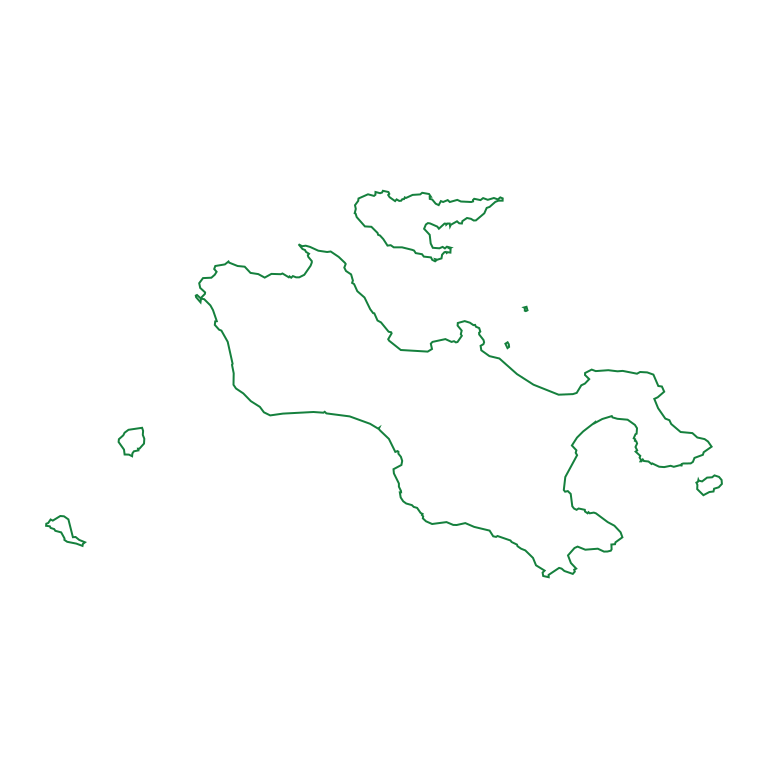 outline of Praslin, Baie Sainte Anne, Seychelles
{"feature_id": "34574756B43978553392406", "entity_name": "Praslin", "entity_type": "district", "adm_level": 2, "iso_a3": "SYC", "parent_name": "Seychelles", "parent_adm1": "Baie Sainte Anne", "projection": "mercator", "projection_center": [55.728, -4.319], "detail": "fine", "context": "isolated", "style": "outline", "palette": "green", "viewbox_px": 768, "rotation_deg": 0, "n_neighbors": 0, "source": "geoboundaries", "source_scale": "gbopen_adm2", "svg_char_len": 6109}
<svg xmlns="http://www.w3.org/2000/svg" viewBox="0 0 768 768"><path d="M302.1,246.2L298.6,244.3L302.5,249.0L305.1,250.1L305.9,251.8L309.0,253.8L307.8,255.2L308.3,256.9L311.8,261.1L311.8,262.5L310.6,265.7L304.3,274.8L299.3,277.3L296.0,277.3L292.9,276.1L291.2,277.7L289.5,276.4L288.8,277.3L282.5,273.5L280.7,274.2L271.4,273.9L264.7,277.6L258.3,274.1L250.5,272.9L244.7,266.7L237.6,266.0L229.1,262.6L228.5,261.5L224.9,264.4L215.3,266.0L214.2,269.0L216.6,271.8L214.8,274.7L211.4,277.7L203.0,278.1L199.2,283.2L200.2,287.9L205.1,292.4L204.9,293.9L200.6,298.3L197.0,295.0L195.8,295.6L196.1,297.2L200.5,302.3L201.0,298.6L204.2,299.2L210.4,305.4L213.0,310.1L216.8,321.2L215.2,321.4L214.8,324.9L219.1,329.7L221.4,330.6L227.7,341.8L232.6,363.8L232.0,364.8L233.7,373.3L233.5,384.8L236.0,388.5L243.3,393.4L250.9,401.2L259.9,406.9L263.9,412.3L270.2,415.4L283.0,413.6L313.4,412.0L323.4,412.7L324.7,411.8L326.4,413.4L349.7,416.4L370.1,423.8L378.1,428.6L379.2,427.8L378.7,428.9L380.2,430.6L388.9,438.9L395.3,451.9L397.5,451.1L398.4,451.7L398.4,453.7L400.9,456.8L402.2,460.9L401.4,465.0L393.5,469.2L393.9,473.4L398.9,483.5L398.9,486.7L401.0,491.0L401.1,492.3L399.8,492.3L400.7,497.5L403.2,501.3L406.2,503.5L411.9,505.1L413.7,506.9L417.1,507.9L420.6,512.9L422.6,514.0L421.9,515.0L423.2,516.4L422.8,518.3L426.0,521.3L432.1,524.0L446.5,522.1L453.2,524.9L456.7,525.0L465.3,523.1L474.2,526.9L489.6,530.6L493.2,536.3L496.1,536.9L497.5,536.0L510.5,540.5L511.6,542.0L517.0,544.6L517.5,546.2L521.1,548.7L525.3,550.4L533.0,557.9L536.0,565.3L544.6,570.6L542.6,572.6L543.2,576.0L548.7,577.2L548.6,574.9L559.1,567.9L561.6,568.6L564.4,571.0L572.8,573.9L574.8,571.6L574.2,569.7L576.2,568.6L570.9,563.0L568.0,555.4L574.5,548.0L577.6,546.6L585.3,549.7L597.8,548.7L604.0,551.6L607.5,551.5L610.8,550.7L611.6,549.3L611.4,544.5L615.0,544.2L615.5,542.3L622.4,537.3L620.6,532.3L614.4,525.7L607.7,522.1L595.9,513.3L593.8,512.6L589.7,513.3L588.5,512.2L587.6,513.3L585.0,511.5L584.8,509.8L578.6,508.5L576.6,509.8L574.1,508.6L572.3,506.3L570.7,493.9L567.8,491.1L565.1,491.7L563.8,490.0L565.3,477.0L577.1,455.2L575.7,452.8L576.4,450.3L571.9,445.5L577.0,437.6L583.2,431.4L594.8,422.4L594.7,423.1L602.3,419.0L611.8,416.1L612.5,417.4L617.4,418.8L627.6,419.7L634.9,424.9L637.0,428.2L636.6,433.7L635.5,434.2L633.7,438.3L635.2,439.3L634.9,440.8L636.2,441.2L637.1,443.5L635.5,447.0L637.2,450.4L635.6,451.6L640.3,455.9L639.6,457.6L641.1,460.0L640.5,461.3L641.5,461.3L642.8,459.5L643.9,461.0L648.5,461.5L651.5,464.0L652.2,463.4L659.1,466.7L664.2,467.1L670.6,465.8L673.8,466.8L681.1,464.9L681.6,466.3L681.7,464.0L683.2,463.5L690.7,463.4L692.9,461.9L694.5,457.9L702.9,454.8L703.7,452.2L711.6,446.7L708.0,441.5L704.6,439.1L697.3,437.5L692.4,433.1L680.6,432.0L671.2,424.0L669.4,420.2L665.3,418.6L658.1,408.2L654.3,398.9L657.7,397.3L664.2,391.7L661.9,386.5L658.3,386.0L653.4,374.6L647.2,372.4L640.1,372.0L637.0,373.7L622.7,370.9L617.5,371.3L608.3,370.2L595.7,371.1L591.7,369.6L585.1,373.0L585.0,375.0L589.2,379.1L584.9,383.6L581.3,385.3L576.7,392.9L572.9,394.1L558.6,394.7L533.5,384.7L517.0,374.1L499.4,358.5L489.4,356.1L481.3,350.3L480.6,345.8L483.4,344.2L484.1,342.3L483.5,340.0L479.2,334.5L479.1,332.7L480.3,331.6L479.2,328.1L475.9,326.7L475.1,324.9L473.4,325.1L469.9,322.7L464.7,321.1L457.8,323.0L457.6,325.6L461.7,330.6L460.8,334.2L461.8,335.8L457.5,342.0L455.9,342.4L454.0,341.2L451.5,341.9L445.4,339.1L432.5,341.9L430.8,343.7L432.0,349.0L427.7,351.6L400.8,350.0L389.1,340.7L388.2,339.2L391.6,333.4L391.2,332.3L388.6,331.7L381.0,322.4L377.5,320.5L374.3,313.3L373.1,313.1L370.2,309.2L364.5,297.5L357.3,291.2L354.1,284.1L352.1,282.9L352.9,280.6L351.1,274.4L346.0,271.0L344.3,267.6L345.7,264.0L344.9,262.8L338.7,256.9L330.7,251.5L327.1,252.0L318.3,250.7L310.0,246.9L305.7,245.7L302.1,246.2ZM382.9,190.8L382.1,192.5L380.1,193.2L375.5,192.0L375.4,194.8L374.0,195.9L368.0,194.3L358.5,198.5L358.2,200.9L355.0,205.2L355.8,208.9L354.7,213.2L355.6,213.6L356.7,217.1L364.9,226.4L371.4,226.8L377.6,233.0L378.1,234.8L380.0,235.5L383.3,239.1L387.5,245.6L390.7,245.2L393.7,247.3L401.9,247.3L412.4,249.9L414.1,250.6L415.7,253.1L422.0,254.2L423.8,256.6L431.0,257.4L432.2,259.8L435.1,261.3L436.1,260.5L435.3,259.2L437.3,259.7L441.5,258.4L442.1,254.7L444.4,252.2L445.9,251.9L446.7,253.0L447.5,252.2L450.4,252.6L450.6,249.0L449.3,248.3L450.7,247.7L446.9,246.7L444.9,248.4L442.6,246.9L439.4,248.3L432.8,247.8L430.7,243.5L429.7,234.8L424.1,228.8L425.9,224.5L427.9,223.1L430.0,223.4L437.3,226.6L438.9,228.7L444.5,223.6L446.2,223.7L446.3,224.7L447.6,223.5L449.7,223.5L450.1,226.3L450.8,224.8L457.0,221.3L459.2,223.3L461.9,223.5L462.4,221.1L467.0,218.0L470.9,218.8L473.7,220.5L475.9,220.4L484.3,213.3L486.7,207.9L489.6,206.9L495.3,201.9L498.4,200.7L502.6,200.7L502.7,198.4L500.3,197.4L497.9,199.4L493.9,198.0L487.8,199.8L483.1,198.1L480.5,200.1L474.2,198.8L473.0,200.0L473.1,201.4L471.2,202.0L460.9,201.5L457.3,199.9L449.8,202.0L447.7,200.1L443.1,202.0L440.9,201.1L438.7,205.1L435.7,203.7L432.2,199.5L429.8,198.9L429.7,196.9L430.9,196.8L429.0,194.0L422.2,192.8L420.2,194.4L412.6,194.9L405.9,198.0L404.8,197.4L404.0,199.1L402.3,199.2L401.2,200.7L399.2,200.9L396.6,199.4L395.1,201.1L389.6,197.2L388.2,195.0L389.3,193.9L388.4,192.0L382.9,190.8ZM142.1,427.8L128.5,429.8L124.6,432.7L123.3,435.3L118.9,439.2L118.6,442.0L124.0,449.6L124.6,454.5L128.9,454.6L132.1,456.2L132.4,453.4L133.9,451.3L138.4,450.4L138.0,448.7L139.4,448.7L144.0,443.6L144.3,438.7L142.8,434.9L143.1,430.9L142.1,427.8ZM68.4,519.4L64.0,516.3L60.3,516.0L52.8,520.6L50.6,519.5L48.2,523.0L46.3,523.7L46.1,525.8L49.8,526.3L50.6,527.9L54.2,529.1L55.3,530.8L61.2,532.4L64.5,538.4L64.4,539.9L67.2,541.8L76.3,543.6L82.5,545.9L82.9,543.9L85.0,542.3L79.2,539.9L75.6,537.0L72.9,537.2L68.4,519.4ZM719.0,476.9L714.5,475.4L712.1,477.3L707.1,477.6L702.1,481.4L698.8,480.7L698.4,479.8L698.0,481.7L696.4,482.6L697.4,484.8L697.2,489.1L703.4,495.2L709.4,492.0L713.5,491.5L714.1,488.7L718.7,487.3L721.9,483.9L721.6,480.0L719.0,476.9ZM507.5,348.1L509.1,346.9L508.8,344.3L507.6,342.3L505.4,343.7L507.5,348.1ZM526.5,306.8L523.9,307.5L524.9,308.1L524.8,310.7L525.8,311.1L527.5,310.3L526.5,306.8Z" fill="none" stroke="#15803d" stroke-width="2"/></svg>